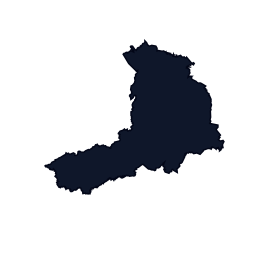 outline of Tuxpan, Jalisco, Mexico, rotated 58°
{"feature_id": "50627088B31771995002719", "entity_name": "Tuxpan", "entity_type": "district", "adm_level": 2, "iso_a3": "MEX", "parent_name": "Mexico", "parent_adm1": "Jalisco", "projection": "natural_earth1", "projection_center": [-103.456, 19.437], "detail": "fine", "context": "isolated", "style": "filled", "palette": "ink", "viewbox_px": 256, "rotation_deg": 58, "n_neighbors": 0, "source": "geoboundaries", "source_scale": "gbopen_adm2", "svg_char_len": 5872}
<svg xmlns="http://www.w3.org/2000/svg" viewBox="0 0 256 256"><g transform="rotate(58 128 128)"><path d="M116.2,218.4L117.6,218.2L118.0,217.1L119.4,216.8L120.3,216.0L121.1,215.6L121.5,216.2L121.8,216.1L123.8,214.0L123.0,212.9L124.3,212.5L125.6,213.2L126.0,212.3L127.0,212.4L128.1,213.5L129.2,213.2L130.4,215.5L132.3,214.8L134.4,215.0L134.9,215.7L136.3,215.3L135.9,216.2L136.5,216.2L136.5,217.3L137.9,217.1L137.9,217.8L138.3,218.0L140.5,217.9L141.1,217.4L141.5,217.9L142.8,216.9L142.6,216.1L142.2,216.4L142.3,215.3L143.2,215.0L143.2,213.9L144.3,213.3L144.0,212.6L144.6,212.2L145.7,212.3L145.9,213.0L147.1,213.1L146.9,212.4L147.7,210.6L149.0,209.5L149.7,209.4L149.5,209.9L150.5,210.4L151.7,210.1L152.2,209.0L152.0,206.2L153.0,205.2L153.0,203.8L152.2,202.7L153.0,201.3L152.8,200.4L154.0,199.9L156.6,200.6L157.3,199.8L159.7,201.0L160.7,198.6L161.4,198.7L162.2,196.8L162.8,196.8L163.0,195.4L163.6,195.2L162.4,193.5L161.7,194.0L161.1,193.7L161.3,193.1L160.6,192.9L160.9,191.9L160.5,192.1L159.6,191.3L159.8,190.1L160.9,189.8L160.4,188.6L161.4,186.4L160.7,185.9L161.5,185.0L162.0,185.3L161.4,182.8L161.8,180.8L161.3,179.7L161.4,178.8L162.1,178.4L161.4,177.5L161.6,176.4L161.2,175.6L161.6,175.1L161.5,173.4L161.0,172.9L161.4,172.4L160.7,171.9L160.6,170.6L161.3,171.0L161.3,169.5L161.9,170.0L162.3,169.4L163.1,169.8L163.1,167.7L164.8,167.7L163.6,166.0L164.2,166.5L164.8,166.2L164.4,165.3L163.7,165.2L163.7,164.4L164.6,164.3L164.4,162.6L163.9,162.4L164.3,162.0L164.1,161.5L164.9,160.4L165.0,160.8L165.5,160.6L165.3,159.7L166.2,159.6L166.1,159.1L166.8,159.9L167.2,159.5L167.4,158.4L166.9,158.5L167.1,157.9L166.8,157.8L167.1,157.1L166.4,156.6L166.7,156.0L167.5,156.3L167.4,154.1L168.1,154.0L168.6,152.8L169.6,152.4L171.1,149.0L171.8,148.5L172.0,147.3L171.4,146.4L170.2,146.7L170.2,145.5L169.7,145.0L168.0,145.8L167.2,144.6L167.5,142.6L166.4,142.5L166.8,139.9L166.4,135.7L166.7,134.5L173.6,132.4L174.5,131.2L175.9,130.3L175.8,129.8L176.5,129.5L176.6,128.9L178.2,128.0L178.4,127.1L176.8,125.2L178.0,123.1L178.0,121.5L177.2,120.1L177.3,118.3L176.5,117.0L176.3,115.1L178.7,118.4L179.6,118.4L180.6,117.6L182.1,119.4L182.9,118.5L183.3,119.7L185.0,119.8L188.1,117.2L187.4,115.8L188.0,114.1L186.5,112.7L186.7,111.9L188.2,111.7L191.8,109.8L188.7,108.3L187.9,104.5L187.2,104.0L186.5,104.2L185.5,102.9L186.0,101.5L185.8,100.4L182.4,95.1L181.7,95.2L181.4,93.3L181.2,93.0L181.0,93.9L180.2,93.4L180.5,93.1L180.1,92.3L180.4,91.8L180.2,91.1L181.2,90.2L181.2,88.3L182.3,87.8L182.3,86.6L184.5,85.9L185.6,82.9L188.5,80.8L187.3,76.3L186.7,75.8L187.7,71.0L189.3,68.9L190.0,68.7L189.6,67.8L188.8,67.6L188.6,66.8L191.3,64.9L192.7,64.5L192.3,64.1L192.7,63.1L192.0,62.9L192.4,61.7L193.9,62.1L193.8,61.7L194.7,61.5L195.9,62.4L195.7,60.7L195.1,60.5L195.1,59.5L193.9,59.0L194.9,57.8L194.6,57.6L193.9,58.2L193.6,57.5L191.9,56.4L190.4,53.9L188.9,54.0L188.1,56.6L185.7,57.5L184.7,55.1L183.7,55.6L183.0,53.4L176.8,54.1L175.7,53.7L175.0,51.3L173.2,50.2L167.5,56.2L166.0,54.2L164.6,54.2L162.6,52.2L157.3,49.2L156.4,47.9L155.0,47.6L152.7,45.0L150.3,44.4L149.1,43.2L148.4,43.3L147.7,42.4L143.1,41.7L143.1,42.2L141.8,41.2L140.4,42.0L139.2,42.0L137.7,41.3L137.5,42.1L136.7,41.6L136.0,41.9L135.8,41.4L134.2,42.2L133.6,39.9L128.9,42.3L127.9,43.1L127.7,44.2L126.0,45.3L124.5,45.6L120.3,48.2L119.0,47.3L118.1,47.6L118.0,46.5L116.7,48.3L116.8,50.2L115.4,48.8L114.1,46.3L112.6,45.9L111.4,44.9L110.1,45.0L107.5,47.2L108.7,45.7L107.2,45.9L107.0,45.0L108.0,44.7L108.8,43.6L107.4,44.1L107.1,42.5L107.5,42.0L106.9,41.8L108.0,41.6L107.0,40.6L107.5,39.8L109.1,39.0L108.3,37.6L107.3,38.0L107.5,38.5L107.0,39.2L106.1,39.8L99.1,40.8L99.5,41.3L98.8,42.4L97.7,42.6L97.8,43.1L97.0,43.6L96.7,44.6L94.3,44.9L93.7,47.3L94.0,47.8L92.2,48.5L93.4,49.0L93.0,49.7L92.4,49.1L92.5,49.7L91.6,51.4L91.3,51.5L91.4,51.0L90.8,50.5L90.8,51.8L90.5,51.7L90.4,50.9L89.6,50.5L90.2,51.5L88.4,52.4L88.2,53.5L86.8,53.6L86.8,53.0L85.1,54.7L86.2,55.0L86.2,55.6L83.9,55.9L83.4,55.5L83.3,56.2L81.6,56.9L81.0,58.4L78.3,61.3L78.0,62.5L75.7,61.1L73.3,61.0L70.5,64.1L70.0,66.5L67.8,67.3L65.4,67.0L63.1,67.5L64.3,68.2L64.7,69.7L64.3,70.7L65.8,73.6L65.1,73.9L65.7,74.4L65.2,77.5L66.6,79.9L64.9,80.6L61.0,80.8L60.1,82.0L60.3,82.8L60.9,82.9L60.8,82.0L62.5,82.6L63.1,83.6L63.4,82.7L64.2,83.1L64.9,82.0L65.7,82.3L65.6,83.2L66.2,83.2L64.4,84.5L63.8,86.2L64.4,87.5L63.8,87.9L64.1,88.7L63.1,89.1L62.9,89.7L63.1,90.8L62.6,91.9L62.9,93.0L73.7,93.2L83.8,90.8L84.2,89.6L84.5,90.2L84.7,89.6L85.3,90.0L85.2,89.5L86.2,91.1L86.6,93.2L88.3,94.2L88.8,95.7L91.6,96.9L93.3,98.8L94.2,101.8L94.0,102.9L96.9,105.4L99.0,105.6L101.0,106.7L100.9,108.7L101.6,109.7L103.4,109.6L105.3,110.4L105.0,107.7L103.6,105.3L104.5,104.2L105.4,104.6L107.3,105.6L107.2,106.0L108.2,106.8L107.8,107.4L108.4,107.7L109.3,110.4L110.6,112.2L112.7,112.9L113.5,112.5L114.1,114.7L115.5,114.5L116.1,116.1L115.9,116.9L119.0,118.8L120.1,118.5L120.5,119.3L121.6,119.5L122.7,120.9L123.5,120.6L124.5,121.6L126.0,121.1L126.5,121.9L127.4,121.6L128.3,122.2L128.6,124.8L129.2,125.2L130.9,124.8L131.5,127.3L130.8,127.6L130.6,129.7L129.6,130.0L128.7,129.3L128.4,131.5L127.0,131.5L127.2,133.9L126.5,136.3L127.4,139.0L127.9,139.2L129.3,138.3L130.2,139.8L131.2,139.7L131.6,141.0L133.1,140.5L133.9,140.8L134.5,142.0L132.9,146.9L133.9,148.0L133.5,149.4L133.7,150.7L134.6,151.4L134.6,152.3L136.0,153.4L135.5,154.2L134.6,154.1L132.3,156.5L131.2,156.4L130.6,157.8L129.5,157.9L128.8,159.9L128.7,162.3L127.6,162.0L127.0,162.7L125.5,162.8L125.8,163.6L125.1,164.4L126.1,166.3L125.4,167.8L126.1,169.2L126.1,171.8L126.1,172.5L125.3,173.0L124.9,175.9L125.1,178.5L123.5,180.7L122.2,181.2L121.6,182.3L121.6,182.8L123.8,184.7L123.9,186.4L123.0,187.6L121.8,186.7L120.2,187.5L119.5,191.6L117.9,191.8L117.6,193.2L116.3,193.7L117.3,195.0L117.5,196.2L117.2,196.3L117.2,200.8L116.8,202.8L117.1,204.1L116.4,206.7L117.3,207.0L116.8,210.7L117.8,213.0L116.9,214.8L116.9,216.2L116.1,217.5L116.2,218.4Z" fill="#0f172a" stroke="#020617" stroke-width="1.5"/></g></svg>